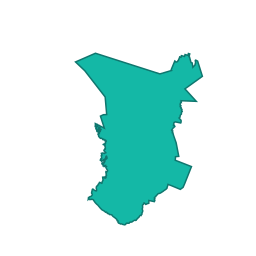 San Francisco de Conchos, Chihuahua, Mexico, rotated 22°
{"feature_id": "50627088B96714761413162", "entity_name": "San Francisco de Conchos", "entity_type": "district", "adm_level": 2, "iso_a3": "MEX", "parent_name": "Mexico", "parent_adm1": "Chihuahua", "projection": "albers", "projection_center": [-105.365, 27.581], "detail": "fine", "context": "isolated", "style": "filled", "palette": "teal", "viewbox_px": 256, "rotation_deg": 22, "n_neighbors": 0, "source": "geoboundaries", "source_scale": "gbopen_adm2", "svg_char_len": 5969}
<svg xmlns="http://www.w3.org/2000/svg" viewBox="0 0 256 256"><g transform="rotate(22 128 128)"><path d="M175.5,190.0L174.5,187.4L180.0,186.4L180.0,185.6L180.1,185.3L179.6,184.9L179.2,184.3L179.5,183.6L179.2,183.4L179.1,183.2L178.6,183.0L178.6,182.8L178.8,182.5L178.9,182.0L179.2,181.3L179.4,181.2L179.5,180.2L180.2,178.7L180.4,177.9L181.0,177.2L181.8,176.8L182.6,175.9L184.3,173.5L185.1,172.0L185.5,171.6L186.3,170.3L186.5,169.7L186.7,169.3L186.7,168.9L186.5,168.7L186.4,166.3L186.2,165.3L189.8,165.2L199.5,165.3L201.3,162.4L201.4,158.3L201.3,140.0L183.9,140.2L182.8,136.8L185.7,135.3L178.2,123.7L173.1,117.9L171.3,115.5L170.8,115.7L170.6,115.0L170.6,114.0L169.4,113.9L169.2,113.5L169.6,112.4L169.7,111.4L170.2,110.6L170.2,110.1L170.4,110.0L170.9,109.1L170.1,108.3L170.4,107.9L169.2,108.5L168.6,105.9L168.7,105.6L169.6,104.6L175.0,103.6L175.1,103.2L174.9,102.7L174.8,102.0L174.3,101.0L171.7,99.7L171.6,99.3L172.1,98.8L172.1,98.4L171.7,96.6L171.8,96.2L172.3,95.1L172.2,94.7L171.7,93.8L171.7,93.5L172.0,92.8L172.1,92.3L171.9,92.1L171.2,92.1L171.0,91.6L171.2,90.8L170.5,90.2L170.1,90.2L169.7,89.9L169.6,89.1L169.4,88.9L168.9,89.0L168.6,88.4L168.3,88.3L168.6,87.4L168.4,87.3L167.8,87.2L167.6,86.9L167.3,85.6L167.4,84.7L167.9,84.5L167.3,83.7L167.9,82.7L167.6,82.6L181.3,77.7L166.1,70.4L177.6,52.2L167.5,39.9L165.6,39.7L165.2,39.8L165.1,40.2L165.2,40.4L166.4,42.6L166.4,43.1L166.2,43.6L166.6,44.2L166.5,44.6L165.4,47.4L163.1,43.6L161.9,43.7L158.4,39.1L158.1,39.0L157.8,39.0L157.5,36.2L156.1,36.3L156.3,38.2L153.4,38.5L153.6,40.5L150.4,40.9L150.6,42.6L149.3,42.7L149.4,43.7L149.3,46.3L149.4,46.5L149.1,46.8L149.1,47.5L149.0,47.9L147.9,48.9L147.6,48.9L147.0,48.5L146.3,48.3L146.2,57.7L146.9,58.3L137.3,65.9L69.8,70.9L54.6,86.4L66.5,91.1L95.2,107.8L103.2,123.5L100.2,124.9L98.0,127.3L106.1,137.0L96.0,136.1L96.2,136.6L96.6,136.7L97.4,136.3L97.4,136.5L96.9,137.0L97.1,137.3L96.7,137.6L96.9,138.7L97.1,139.0L97.7,138.9L99.3,137.4L99.2,137.9L98.5,139.1L98.2,140.2L98.3,140.4L98.7,140.5L99.1,140.2L99.3,140.5L99.1,140.8L99.1,141.2L99.8,141.3L99.9,142.0L100.1,142.2L100.2,142.5L100.6,142.9L100.9,142.9L101.1,142.6L100.9,141.8L101.1,140.9L101.0,140.5L101.1,139.4L100.7,138.5L100.8,138.0L100.9,138.5L101.2,138.6L101.5,138.2L101.8,138.0L101.4,139.0L101.6,140.0L102.0,139.7L102.1,139.4L102.5,139.3L102.8,138.7L102.8,139.3L102.7,139.8L102.0,140.3L101.6,141.2L101.8,141.6L102.0,141.7L102.7,141.1L102.9,140.1L103.3,139.5L103.5,139.5L103.4,140.5L103.5,141.2L103.2,141.2L102.3,142.6L102.3,142.9L102.3,143.1L102.5,143.1L103.2,142.6L103.4,143.6L102.7,143.9L102.7,144.1L103.0,144.4L102.8,144.6L102.5,144.7L102.4,144.9L102.8,145.4L103.4,145.6L103.9,146.7L104.6,147.1L105.2,147.5L106.4,147.9L107.3,147.4L108.3,147.6L108.8,148.1L109.2,148.2L109.6,148.1L109.6,147.6L110.1,147.6L111.1,148.1L111.4,147.7L112.1,147.8L112.8,148.4L112.8,148.6L112.5,149.1L112.8,148.9L112.2,149.3L112.3,149.6L112.6,150.0L112.8,150.2L112.9,150.7L112.4,151.2L112.4,151.4L111.3,152.3L111.2,152.6L111.4,152.7L111.9,152.2L112.2,152.3L112.7,152.1L112.9,152.2L112.8,152.5L112.6,152.6L113.5,153.2L113.7,153.5L113.6,153.8L113.9,154.1L114.6,155.1L114.4,155.7L114.6,155.9L114.4,156.1L114.6,156.4L114.2,156.7L114.1,156.9L114.1,157.6L114.2,158.1L114.6,158.2L114.9,158.2L115.5,158.6L116.2,159.2L116.6,159.1L116.7,159.3L115.8,159.9L115.7,160.4L115.1,160.6L114.3,160.5L113.6,160.8L112.8,161.5L113.8,162.6L113.7,162.9L113.9,163.0L114.0,163.2L113.6,163.7L115.0,165.9L114.3,166.8L114.3,167.3L114.8,167.5L114.4,168.0L114.5,168.3L115.6,168.1L115.9,168.7L116.4,168.4L116.5,167.8L116.8,167.7L117.3,167.4L117.1,166.6L117.7,166.5L118.6,164.3L118.2,163.1L118.4,162.2L118.7,162.2L118.9,162.5L119.1,162.6L119.4,163.0L119.1,163.3L119.7,163.5L119.9,164.0L118.7,166.5L118.7,167.7L119.0,167.7L119.0,168.5L118.5,168.7L118.9,169.3L118.1,170.1L117.5,169.8L116.9,170.4L117.7,171.3L118.5,171.0L118.8,171.4L118.6,171.6L119.1,172.3L119.3,172.0L120.4,171.5L120.1,172.1L120.2,172.4L120.4,172.2L120.6,172.3L120.8,171.6L121.8,171.9L121.9,171.7L122.4,171.7L122.2,172.2L122.2,172.8L123.7,174.1L124.5,174.6L125.1,175.3L124.8,176.6L123.9,176.7L124.1,177.4L124.4,178.0L124.7,178.0L125.2,178.8L125.1,179.0L125.2,179.5L125.9,180.2L125.8,180.7L125.2,181.3L125.0,181.6L125.2,181.8L126.1,182.0L126.2,182.3L125.9,182.9L125.3,183.1L124.6,183.0L123.8,182.7L123.3,182.8L122.9,183.1L124.1,185.2L124.4,185.6L124.3,186.8L124.2,187.6L124.5,188.7L124.4,189.1L122.2,189.0L121.9,189.1L121.9,190.5L121.5,191.2L121.4,192.8L120.8,193.6L120.7,194.1L121.0,195.5L121.3,196.0L121.6,196.3L122.1,197.2L122.3,198.0L121.9,198.3L121.0,198.4L119.9,198.3L118.8,197.8L118.3,197.8L118.0,198.0L118.0,199.0L118.3,200.1L118.3,200.8L118.5,201.7L118.7,202.1L119.6,202.7L119.9,203.6L119.5,205.1L118.4,205.9L118.1,206.7L117.4,207.2L117.9,209.1L118.2,208.5L118.7,208.4L119.1,208.6L119.4,208.7L119.7,208.4L120.2,208.3L120.6,208.1L120.7,207.8L121.2,207.6L122.7,207.5L123.1,207.7L123.4,208.1L125.6,209.5L127.6,210.4L128.9,210.8L132.6,212.8L133.3,213.0L133.6,213.3L134.5,213.6L137.0,213.9L138.8,214.5L139.3,214.1L139.7,214.1L140.1,214.2L140.8,214.9L141.4,214.9L142.0,214.6L143.2,215.2L145.0,214.6L145.8,214.7L146.0,215.0L147.3,215.6L149.4,216.1L151.7,216.9L152.2,217.3L152.6,218.0L152.9,218.1L153.4,217.9L153.6,218.0L153.8,218.2L154.0,219.0L154.3,219.4L155.0,219.7L155.7,219.6L157.0,219.8L157.3,219.5L158.0,219.3L159.1,219.4L159.8,219.2L160.5,219.2L161.0,219.1L161.9,218.4L162.0,217.3L162.5,216.7L162.8,216.5L163.4,216.5L164.7,215.8L164.9,215.3L164.9,214.9L165.1,214.6L165.7,214.2L166.0,214.2L166.9,213.6L167.3,212.9L168.3,211.4L168.8,211.0L169.6,210.9L170.0,210.6L170.2,210.3L170.1,209.8L170.8,208.4L170.9,207.8L171.5,206.7L171.7,206.0L171.7,205.5L171.8,205.0L172.2,204.3L172.9,204.2L172.8,203.8L173.2,203.0L173.1,202.2L172.7,201.5L172.9,200.4L172.8,199.6L172.5,198.9L171.5,197.8L171.4,197.2L171.5,196.8L171.4,196.4L171.1,195.6L170.4,194.3L170.4,193.9L170.8,193.2L170.9,192.5L170.9,191.5L171.1,191.4L173.1,192.2L173.5,191.8L173.7,191.4L175.5,190.0Z" fill="#14b8a6" stroke="#0f766e" stroke-width="1.5"/></g></svg>